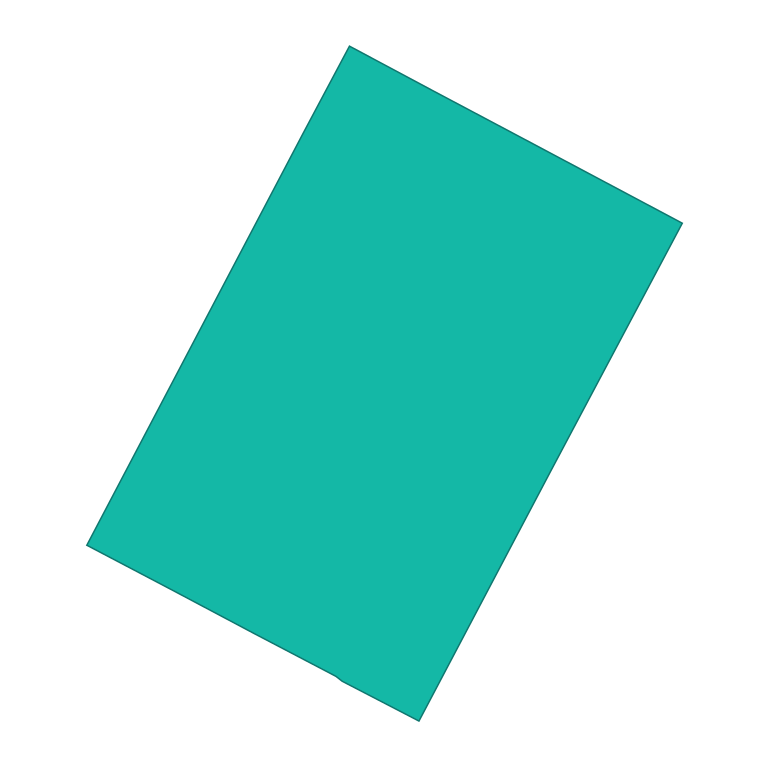 Kingman, Kansas, United States of America, rotated 118°
{"feature_id": "52423323B43216783054971", "entity_name": "Kingman", "entity_type": "district", "adm_level": 2, "iso_a3": "USA", "parent_name": "United States of America", "parent_adm1": "Kansas", "projection": "mercator", "projection_center": [-98.077, 37.559], "detail": "fine", "context": "isolated", "style": "filled", "palette": "teal", "viewbox_px": 768, "rotation_deg": 118, "n_neighbors": 0, "source": "geoboundaries", "source_scale": "gbopen_adm2", "svg_char_len": 327}
<svg xmlns="http://www.w3.org/2000/svg" viewBox="0 0 768 768"><g transform="rotate(118 384 384)"><path d="M665.9,570.7L665.4,475.8L665.3,381.1L664.7,289.2L666.1,281.3L665.2,194.9L383.7,195.9L102.0,196.1L102.0,385.3L102.1,479.3L101.9,573.1L200.6,573.1L665.9,570.7Z" fill="#14b8a6" stroke="#0f766e" stroke-width="1.5"/></g></svg>